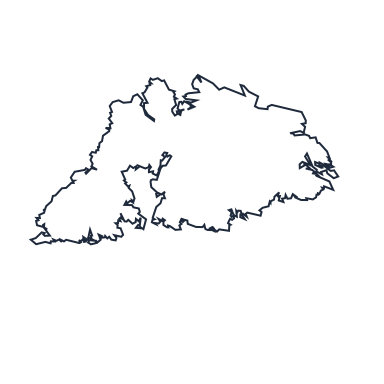 Sveio nor, Hordaland, Norway (Natural Earth projection), rotated 211°
{"feature_id": "86288312B67781995425218", "entity_name": "Sveio nor", "entity_type": "district", "adm_level": 2, "iso_a3": "NOR", "parent_name": "Norway", "parent_adm1": "Hordaland", "projection": "natural_earth1", "projection_center": [5.405, 59.605], "detail": "fine", "context": "isolated", "style": "outline", "palette": "slate", "viewbox_px": 384, "rotation_deg": 211, "n_neighbors": 0, "source": "geoboundaries", "source_scale": "gbopen_adm2", "svg_char_len": 6058}
<svg xmlns="http://www.w3.org/2000/svg" viewBox="0 0 384 384"><g transform="rotate(211 192 192)"><path d="M202.3,309.6L205.4,308.7L196.4,301.9L218.2,298.3L221.4,293.7L230.0,295.9L247.2,295.3L247.5,294.0L245.0,294.2L240.3,290.7L247.2,293.4L248.3,289.0L247.4,284.5L243.9,281.7L239.9,283.0L237.2,281.3L246.0,274.7L247.7,272.1L246.6,271.1L248.6,269.4L245.3,268.5L235.3,272.9L238.9,268.1L243.8,266.4L233.9,266.3L238.3,260.3L236.5,264.1L238.5,266.0L245.5,265.8L245.7,262.5L247.6,263.8L249.2,262.6L247.4,256.2L244.5,255.4L241.1,258.9L243.1,256.1L241.7,252.0L244.4,251.9L242.9,252.8L244.8,254.6L246.6,253.3L244.7,251.4L246.1,248.7L250.3,250.7L251.8,253.0L250.4,258.4L254.9,262.5L253.2,264.2L256.6,264.3L256.9,266.9L259.3,268.1L258.8,269.3L264.5,267.9L273.4,273.3L275.0,271.5L279.9,271.9L283.3,268.0L286.0,268.0L285.6,264.7L282.8,264.1L284.2,263.2L282.9,262.1L285.7,259.1L284.0,258.5L284.0,252.9L285.4,251.1L276.1,245.5L278.9,243.5L276.0,238.6L269.5,235.4L261.8,234.8L261.2,233.3L271.5,234.3L277.9,240.0L281.0,240.1L281.4,245.3L289.2,247.6L291.7,243.8L290.6,237.7L296.7,233.2L302.1,232.8L306.3,228.2L306.8,223.3L301.8,219.4L303.0,217.7L300.4,215.6L301.2,212.1L295.8,209.9L297.4,207.6L294.8,204.7L299.1,202.5L294.8,202.7L294.3,201.4L297.3,194.4L295.3,189.3L296.5,186.2L294.7,182.6L295.7,182.1L293.8,179.6L295.5,178.5L294.7,176.1L298.3,174.8L298.6,171.3L295.9,171.2L295.5,167.2L291.7,165.0L291.4,162.2L284.9,162.2L290.4,160.8L292.2,153.2L293.3,153.7L292.2,157.8L295.1,157.8L295.2,155.8L303.0,148.9L303.3,142.0L300.4,140.1L298.8,141.0L299.6,139.6L298.2,138.8L300.1,137.6L302.0,130.7L305.4,128.2L307.3,118.7L309.2,116.9L307.6,111.7L309.7,104.8L309.0,101.2L310.4,99.9L308.8,100.4L308.1,98.0L311.1,93.7L309.0,91.3L311.9,89.7L309.1,88.7L310.7,86.9L307.7,83.7L301.3,85.5L302.7,87.0L302.1,88.3L300.6,85.3L297.0,85.6L299.1,84.6L291.4,81.4L295.6,78.6L297.6,79.1L297.2,80.9L300.0,80.0L302.2,72.0L305.6,68.1L298.7,67.0L292.0,73.7L286.8,75.2L287.6,77.0L284.3,78.8L286.3,79.9L283.1,80.3L281.4,82.8L277.9,82.1L279.7,83.5L276.3,83.7L275.3,86.2L262.3,90.2L261.4,91.5L264.1,92.3L261.8,92.8L261.2,95.5L258.9,93.6L257.5,94.9L260.5,96.1L260.9,96.8L261.6,97.0L262.0,97.5L258.5,97.2L258.9,95.9L256.6,97.3L260.0,107.2L255.2,103.2L256.0,102.4L254.8,100.9L256.1,99.9L250.2,100.2L255.1,97.9L255.0,95.2L251.7,95.1L247.7,99.0L250.0,100.9L247.0,100.3L245.7,104.1L250.0,107.4L246.4,107.8L246.6,105.7L243.4,108.2L243.8,109.6L240.7,108.6L239.9,111.0L236.6,109.6L232.5,111.2L233.1,113.7L236.3,115.0L229.6,117.2L229.0,119.8L234.5,124.1L237.6,123.0L238.7,125.4L241.4,125.9L239.4,127.3L240.6,129.6L238.4,130.2L240.6,131.6L240.1,133.3L236.9,132.8L242.4,137.0L234.7,132.1L232.8,133.0L232.3,135.3L226.6,134.2L224.8,137.2L226.2,140.1L222.7,139.5L222.7,143.5L219.2,135.8L221.2,136.0L221.6,132.4L217.3,134.5L218.1,135.3L214.5,135.1L217.3,144.9L226.9,145.8L226.5,148.1L229.1,150.5L234.3,148.7L236.6,149.9L243.3,146.1L243.5,150.0L241.7,148.9L240.5,152.6L237.4,152.6L239.0,154.0L237.3,153.9L238.0,156.9L243.6,161.7L248.4,162.9L248.9,165.1L249.7,163.8L253.8,164.9L253.2,166.4L256.3,166.8L255.7,168.3L262.7,173.2L258.7,176.8L258.7,182.6L254.7,182.3L253.0,185.4L251.8,182.4L250.3,186.4L251.3,187.0L244.2,188.1L241.9,191.0L242.5,193.2L240.0,192.2L240.4,188.9L239.1,186.8L236.0,189.7L235.2,187.6L230.8,188.0L231.1,193.9L232.2,193.9L232.7,198.5L235.1,203.1L233.8,203.5L233.1,208.1L236.4,208.4L236.0,211.7L233.4,212.7L233.0,210.2L231.4,209.6L230.1,212.0L228.1,211.9L228.0,201.3L230.7,199.3L231.1,196.0L228.4,184.3L232.1,182.7L233.3,180.9L232.7,179.3L229.4,175.2L220.6,173.4L221.8,172.0L219.7,169.7L218.1,173.1L219.5,173.9L216.9,174.2L215.4,178.3L215.2,175.2L212.0,172.7L214.5,171.3L213.2,166.1L214.9,160.8L212.4,149.6L210.0,149.4L211.5,147.9L210.8,145.4L206.1,145.8L207.4,146.5L204.4,147.8L203.8,150.2L206.8,151.7L202.8,151.9L203.4,154.0L200.7,153.8L201.3,152.0L199.5,149.0L195.2,148.9L194.0,149.5L195.2,150.9L193.4,151.4L186.7,151.0L182.3,154.2L185.6,156.8L184.6,159.2L186.8,159.8L187.2,163.6L185.6,164.0L185.3,161.8L184.4,161.6L183.7,164.4L181.3,165.1L179.2,162.5L170.6,164.1L164.8,167.4L164.5,170.2L161.5,167.2L159.0,167.5L156.7,168.8L158.1,169.8L156.3,172.6L154.6,172.0L155.9,169.7L152.8,169.9L154.6,171.5L150.2,170.9L149.4,174.0L140.3,177.8L142.9,182.7L142.1,183.8L145.0,183.8L145.4,186.1L145.5,188.7L143.3,188.8L142.4,191.0L144.2,193.4L145.1,191.1L146.8,191.7L147.6,195.1L151.0,195.5L149.3,197.4L144.4,193.6L140.8,193.9L144.3,198.6L142.7,197.9L142.8,199.8L140.5,200.9L137.7,198.1L138.9,197.6L137.7,195.3L132.8,195.9L136.6,197.7L136.9,199.6L132.3,199.0L134.7,200.9L134.0,202.8L121.0,207.0L122.1,210.7L124.7,211.0L123.3,214.9L119.0,219.2L120.4,223.8L119.1,223.2L119.8,224.6L117.8,227.7L118.9,230.5L117.1,236.6L116.8,232.9L114.9,232.2L115.5,233.2L114.6,233.8L113.3,229.4L108.5,230.5L111.3,232.7L109.1,234.6L110.2,237.7L106.7,235.4L103.9,237.6L104.5,242.1L98.8,241.6L101.6,241.0L100.6,240.5L94.5,241.3L89.3,244.3L90.8,245.5L84.6,247.9L82.9,251.4L83.9,253.9L82.5,254.7L83.3,255.8L81.9,256.1L82.2,259.6L80.8,261.7L82.7,262.7L80.9,263.3L81.7,264.9L72.1,266.6L79.7,271.8L93.5,270.0L95.0,270.5L92.0,270.6L91.6,271.0L95.7,271.9L97.4,271.0L97.0,270.6L97.8,270.3L97.8,272.5L100.3,272.8L106.6,270.7L102.9,272.9L107.0,273.8L110.0,273.6L109.3,272.7L111.9,268.0L114.0,271.2L112.9,274.7L104.3,276.0L113.4,280.7L113.3,284.2L101.6,275.9L96.5,275.3L96.0,273.7L89.7,274.1L91.6,275.7L88.0,279.9L85.6,277.7L77.6,276.8L74.7,280.6L81.4,283.7L84.0,281.5L92.3,282.4L95.6,280.6L92.9,280.0L93.5,279.4L100.3,278.7L101.9,281.1L97.1,281.9L97.8,283.0L88.8,283.3L92.1,284.8L90.2,285.5L87.6,285.7L89.0,284.2L86.5,283.6L83.9,286.4L88.4,286.5L87.0,287.4L88.0,289.0L92.2,289.8L89.9,290.4L93.1,291.6L91.7,292.1L97.1,296.3L108.0,299.6L109.8,298.7L114.2,302.5L118.4,299.0L120.5,300.4L124.6,299.6L133.2,293.3L135.2,294.3L136.6,293.6L138.0,293.1L138.3,292.8L130.7,299.9L125.7,300.4L126.9,300.5L128.6,306.1L132.8,307.0L130.0,309.5L131.3,311.9L139.2,317.0L168.5,307.7L171.0,304.2L169.9,301.9L177.9,298.2L182.2,297.9L184.5,308.0L194.9,307.3L202.3,309.6ZM247.3,295.3L248.0,295.1L247.2,295.3L247.3,295.3Z" fill="none" stroke="#1e293b" stroke-width="2"/></g></svg>